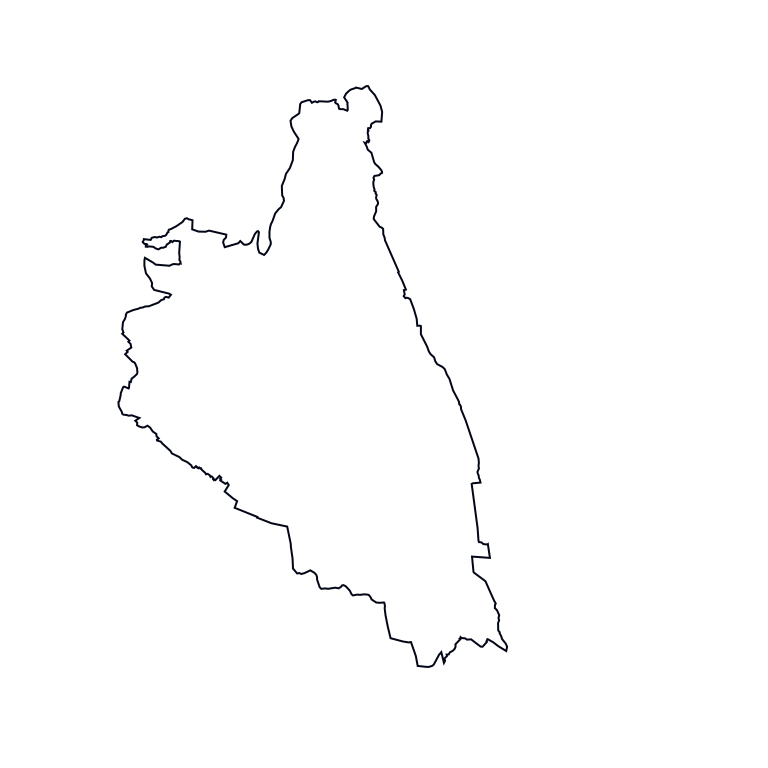 Magiresti, Bacau, Romania (Robinson projection), rotated 44°
{"feature_id": "2599482B79930750524298", "entity_name": "Magiresti", "entity_type": "district", "adm_level": 2, "iso_a3": "ROU", "parent_name": "Romania", "parent_adm1": "Bacau", "projection": "robinson", "projection_center": [26.514, 46.524], "detail": "fine", "context": "isolated", "style": "outline", "palette": "ink", "viewbox_px": 768, "rotation_deg": 44, "n_neighbors": 0, "source": "geoboundaries", "source_scale": "gbopen_adm2", "svg_char_len": 6153}
<svg xmlns="http://www.w3.org/2000/svg" viewBox="0 0 768 768"><g transform="rotate(44 384 384)"><path d="M657.4,491.2L655.1,487.5L651.9,486.2L645.9,485.4L643.8,484.1L640.2,482.9L639.7,482.2L637.3,481.9L632.1,476.7L630.9,473.9L629.1,473.0L627.5,470.3L622.3,468.2L619.4,468.2L617.2,465.7L616.9,464.3L613.5,463.3L594.0,455.4L579.7,457.2L578.9,457.0L567.2,447.0L581.0,435.5L569.9,427.0L569.8,427.6L568.0,429.2L566.3,430.2L564.2,430.2L562.1,431.8L560.6,430.9L551.5,422.7L516.5,395.0L516.8,393.8L521.9,387.9L519.5,386.3L517.5,385.6L515.7,384.1L513.0,382.9L512.3,382.3L511.0,378.9L508.7,377.1L507.1,374.9L503.8,372.0L468.3,353.6L457.0,348.6L454.8,346.7L453.0,346.1L452.2,346.3L450.4,344.8L448.4,344.0L438.3,340.7L427.4,334.8L422.8,333.6L417.4,331.1L414.4,331.1L408.4,332.8L405.1,332.0L401.5,330.0L397.0,330.2L393.6,329.4L389.2,327.2L376.0,322.6L370.3,316.7L369.3,317.1L367.5,319.0L362.2,314.4L353.5,309.4L343.9,304.8L341.4,305.5L340.2,306.4L339.8,307.4L337.1,307.1L336.7,305.2L333.1,302.7L334.2,300.9L325.1,296.9L316.6,293.9L316.7,293.0L284.8,279.9L283.0,278.4L279.5,276.8L275.6,273.0L273.3,273.2L271.7,273.9L262.0,272.5L260.4,270.4L258.4,265.2L255.3,262.1L254.7,259.0L254.0,257.9L252.3,256.9L249.8,256.2L248.9,255.5L247.3,253.0L245.6,252.8L244.8,251.7L242.7,251.8L241.9,250.5L240.1,249.7L236.9,247.1L235.7,245.6L235.0,243.9L233.2,243.0L232.6,241.0L235.5,237.1L235.4,235.1L236.0,233.5L235.1,232.7L233.7,232.1L229.3,231.6L224.7,231.8L222.7,231.2L214.3,226.4L209.6,226.7L206.1,225.0L202.5,223.9L203.8,223.3L203.9,222.8L203.1,221.4L203.4,220.7L204.8,220.7L204.5,219.4L204.0,218.8L202.3,218.4L200.4,216.4L198.0,214.9L196.7,213.2L196.9,212.6L195.6,212.1L194.9,210.9L196.2,209.8L195.9,207.9L194.8,206.9L194.3,205.4L195.6,200.9L199.9,197.1L193.7,189.6L188.1,186.2L176.7,182.5L169.2,182.0L165.7,180.7L164.3,182.1L163.1,187.2L157.9,190.2L157.8,191.1L155.8,194.8L155.2,197.1L155.0,201.5L156.2,205.5L162.4,206.9L163.2,208.2L164.3,208.9L167.6,212.1L167.7,213.0L163.9,214.5L161.3,216.9L160.4,217.2L157.6,215.2L156.1,214.9L154.4,215.5L153.3,215.4L152.0,213.1L151.5,213.3L150.4,214.4L149.1,217.6L147.5,219.9L140.6,226.0L140.7,226.9L140.3,227.7L138.2,228.5L137.3,229.9L136.8,231.8L133.6,231.2L132.1,232.7L129.0,238.6L129.3,240.9L134.8,247.9L134.9,249.0L133.3,256.4L133.9,259.6L138.4,263.0L143.8,265.1L152.1,267.0L152.6,267.5L154.1,271.1L155.3,275.3L157.3,280.0L163.0,286.4L166.3,294.1L167.5,300.9L170.2,305.7L172.9,312.5L179.8,319.1L182.3,319.8L184.8,321.7L187.1,328.2L186.8,331.6L187.2,336.8L190.7,344.5L191.5,347.2L192.7,349.6L195.8,354.0L200.2,358.5L203.9,360.5L205.5,362.2L207.4,368.0L208.1,371.3L208.1,374.5L203.0,376.1L199.4,374.2L195.4,370.9L188.6,361.7L187.3,361.5L186.7,362.4L186.9,365.8L189.9,373.8L189.6,376.8L188.6,379.0L186.5,381.0L181.3,381.0L181.4,384.0L174.4,396.2L169.9,393.9L168.6,391.6L168.6,388.4L166.8,386.1L151.6,395.2L149.8,398.5L144.7,403.2L138.6,406.0L132.5,399.2L129.2,401.1L127.1,401.7L126.0,403.4L126.5,407.5L125.0,414.8L123.1,420.5L122.1,422.4L122.3,423.3L123.4,424.5L123.0,425.5L123.8,428.1L123.5,429.6L121.9,431.7L121.9,433.0L120.2,434.0L118.9,436.4L117.2,437.3L115.5,439.9L115.4,440.7L116.1,442.0L115.9,442.6L110.6,446.6L111.4,447.7L111.7,449.4L112.5,449.6L114.4,449.6L116.1,448.2L116.7,448.2L116.7,450.2L117.2,450.7L118.6,449.6L119.3,448.3L122.7,445.6L125.5,445.1L127.8,444.1L128.3,443.7L129.0,440.8L130.4,439.5L131.7,436.9L130.9,434.7L131.7,431.0L130.9,429.9L131.0,429.4L131.5,429.0L133.2,428.9L133.3,426.9L137.7,423.4L138.3,423.3L145.7,432.1L148.8,434.6L150.6,436.9L152.2,437.2L154.1,438.6L153.5,439.0L153.5,440.4L149.8,443.4L148.7,444.8L147.6,447.9L136.9,456.7L133.4,457.1L124.4,459.3L125.7,461.4L129.5,465.4L136.0,469.8L142.4,470.7L147.1,472.5L149.1,475.1L153.3,476.0L166.6,468.3L168.7,467.8L169.1,471.4L166.5,472.9L166.1,474.7L166.8,475.9L165.4,478.5L165.2,482.1L160.8,491.5L158.3,494.2L157.4,496.4L155.6,498.7L155.2,500.1L152.3,504.9L149.5,511.2L150.1,513.4L151.3,514.7L152.4,517.0L153.3,520.8L157.6,526.3L160.9,528.0L160.8,529.7L170.8,529.6L170.8,531.2L173.8,531.2L176.9,533.3L175.8,538.8L177.3,539.0L177.1,542.4L187.7,542.6L189.2,541.9L190.4,542.0L195.3,544.1L198.6,547.0L199.4,548.4L199.2,552.6L198.7,555.4L200.5,558.5L199.4,559.2L203.3,564.0L203.4,564.6L199.1,566.3L198.6,566.9L198.6,567.7L201.2,573.8L202.1,574.6L205.6,580.4L205.5,581.5L208.9,584.4L214.8,586.2L216.5,587.3L217.8,587.1L220.7,584.9L222.2,584.3L224.4,581.7L231.6,578.4L230.6,583.2L233.3,583.2L235.0,585.2L237.2,584.7L240.4,583.1L241.8,581.5L242.8,578.3L245.9,577.8L250.7,578.8L255.0,578.1L256.6,579.6L259.7,579.6L259.3,581.8L260.0,582.3L263.5,580.5L265.8,580.8L276.9,580.5L279.7,581.3L287.6,578.7L291.4,578.7L296.9,576.8L301.9,576.4L303.7,577.1L304.5,577.0L305.7,576.3L305.8,573.7L306.9,573.6L307.0,574.0L309.0,573.6L309.0,572.5L310.7,572.4L310.8,571.8L313.0,572.3L317.1,572.1L318.7,572.6L319.1,571.6L319.7,571.1L322.0,570.7L323.6,571.3L323.6,570.7L324.1,570.2L326.6,570.3L327.1,571.2L328.5,571.3L328.6,570.3L329.5,570.2L329.4,564.4L332.0,564.5L332.0,566.1L333.4,566.1L333.4,567.1L339.3,566.0L339.8,563.9L342.5,564.5L344.1,572.0L354.6,571.2L359.7,570.3L362.6,576.8L385.3,567.6L385.6,568.3L399.7,562.4L413.4,553.8L428.3,564.0L429.7,565.5L439.5,573.1L446.8,580.0L453.2,580.6L454.3,578.9L456.6,578.0L458.1,575.4L460.5,569.2L465.4,568.1L468.1,568.4L470.2,569.6L471.6,571.1L479.0,574.9L481.2,574.9L483.5,572.1L486.2,570.0L490.4,564.4L493.3,562.5L494.0,559.6L493.7,558.2L494.5,556.9L496.7,556.1L499.7,556.2L502.9,556.4L506.8,557.8L508.6,557.6L511.1,554.0L513.2,552.4L515.7,549.2L518.5,546.9L519.6,546.3L522.5,546.7L524.7,547.6L530.2,546.6L533.1,544.2L535.7,541.2L536.4,541.2L539.2,543.3L540.1,544.7L546.0,549.5L555.4,556.0L565.3,562.3L576.6,556.0L581.2,552.8L582.7,550.9L595.9,557.6L604.1,563.4L611.3,557.8L612.9,556.2L614.5,553.2L614.7,551.2L611.7,540.6L611.5,537.1L620.9,543.0L620.2,540.7L618.2,539.5L618.3,536.0L617.0,535.1L618.4,533.6L617.8,531.2L618.8,528.2L618.8,525.4L618.0,523.3L616.2,521.6L616.2,514.7L615.3,514.7L615.4,513.5L615.0,512.9L616.3,512.8L619.1,510.6L621.3,510.2L624.0,507.2L635.9,505.8L636.6,505.2L637.4,504.4L637.2,498.1L636.6,498.1L635.6,495.8L635.8,495.5L642.2,493.9L648.3,493.2L657.4,491.2Z" fill="none" stroke="#020617" stroke-width="2"/></g></svg>